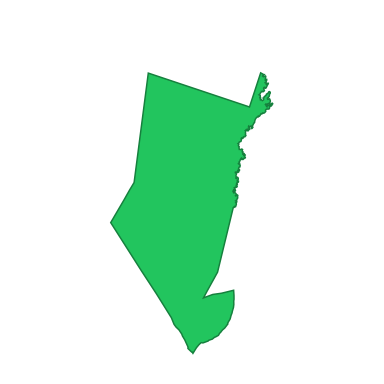 Central Kwara'ae, Malaita, Solomon Islands, rotated 211°
{"feature_id": "97153195B68911878451033", "entity_name": "Central Kwara'ae", "entity_type": "district", "adm_level": 2, "iso_a3": "SLB", "parent_name": "Solomon Islands", "parent_adm1": "Malaita", "projection": "equal_earth", "projection_center": [160.74, -8.813], "detail": "fine", "context": "isolated", "style": "filled", "palette": "green", "viewbox_px": 384, "rotation_deg": 211, "n_neighbors": 0, "source": "geoboundaries", "source_scale": "gbopen_adm2", "svg_char_len": 6008}
<svg xmlns="http://www.w3.org/2000/svg" viewBox="0 0 384 384"><g transform="rotate(211 192 192)"><path d="M109.8,54.6L109.4,54.9L108.1,54.2L108.0,60.8L107.4,64.8L106.6,67.5L106.2,67.8L105.5,68.0L104.7,68.5L101.4,72.6L101.2,73.6L98.8,76.4L97.9,79.0L97.1,80.0L95.6,82.6L95.5,83.3L95.6,84.9L95.1,86.8L95.1,87.4L94.8,89.5L93.9,92.1L93.3,97.4L93.9,98.0L93.9,102.6L94.3,104.2L94.9,106.1L95.4,108.9L96.0,110.6L97.0,114.4L98.2,117.1L100.1,120.1L100.7,121.6L102.7,124.9L105.7,129.2L114.6,120.4L121.4,114.9L127.6,107.2L128.0,114.3L128.8,136.4L148.6,199.8L148.2,201.1L147.9,200.7L147.1,201.9L147.6,204.2L148.1,204.9L149.5,205.7L149.4,206.0L148.9,206.3L148.5,206.3L148.5,206.6L148.9,207.2L149.2,207.5L149.8,207.5L149.5,207.8L149.8,209.3L149.6,209.7L149.6,209.9L150.0,210.5L150.1,211.1L150.5,211.3L150.9,212.6L151.3,212.8L151.4,212.6L151.3,212.1L152.2,211.9L152.7,211.1L152.9,211.2L152.6,212.2L152.7,212.9L153.4,213.1L153.8,213.4L154.6,213.4L154.9,213.7L155.3,213.7L156.2,212.2L155.8,214.1L156.2,214.2L156.5,213.5L156.8,213.9L157.3,213.8L157.3,214.3L155.6,214.7L155.4,215.5L155.5,215.6L156.1,215.2L156.0,215.7L156.1,216.2L156.5,216.3L157.4,215.8L157.4,216.1L157.1,216.3L156.9,216.8L157.1,217.5L157.9,217.6L157.8,217.8L157.2,218.1L157.0,218.9L156.4,218.9L156.1,219.5L156.2,220.0L156.4,219.9L156.7,219.5L157.0,219.4L157.3,219.8L157.5,220.6L157.0,221.3L157.0,221.8L157.3,222.1L157.8,221.7L158.0,221.8L158.3,222.5L158.3,222.8L157.4,224.3L157.4,224.6L157.7,225.1L158.5,224.5L158.9,224.6L159.1,225.1L158.8,226.3L159.2,227.3L159.7,227.8L160.5,228.1L160.9,227.8L161.3,227.4L161.0,226.7L161.0,226.4L161.6,226.5L161.8,227.9L162.5,228.2L162.8,228.6L163.0,229.9L164.0,230.8L164.8,230.8L165.1,231.3L165.0,231.5L164.8,231.6L164.2,231.3L163.4,231.7L163.8,232.4L163.7,232.7L163.2,232.4L162.6,232.6L162.3,233.3L162.7,234.3L163.6,234.0L163.8,234.1L163.3,235.0L162.5,235.1L162.6,235.4L163.2,235.6L163.8,235.4L163.9,235.9L164.2,236.2L164.1,236.4L164.5,237.3L163.8,238.3L163.9,238.5L164.3,238.8L164.5,239.8L165.3,240.2L165.5,240.6L166.2,240.1L166.6,240.0L166.9,240.2L166.6,241.8L166.8,242.3L167.1,242.4L166.9,243.4L167.3,244.7L167.0,244.9L167.0,245.2L167.3,245.8L167.1,246.6L166.4,246.5L165.8,245.7L165.0,246.2L164.7,247.2L165.0,247.3L165.0,247.6L164.0,248.5L163.9,248.8L164.0,249.0L164.6,249.2L165.4,250.0L165.5,250.3L165.4,251.1L165.6,251.2L166.0,251.1L166.2,250.4L166.4,250.6L166.4,251.3L166.6,251.4L166.8,250.7L167.0,251.2L167.0,251.7L167.4,251.8L167.6,251.7L167.7,251.0L168.0,250.7L168.2,251.2L168.9,251.6L168.9,252.6L169.3,252.7L169.6,252.5L170.1,252.9L170.5,254.4L171.4,254.5L172.3,253.3L173.1,253.2L173.4,252.9L174.4,254.0L174.9,255.1L175.3,255.0L176.2,255.7L176.2,256.3L176.4,256.9L177.5,257.2L177.0,257.9L177.0,258.4L177.3,258.8L177.0,259.6L176.2,260.3L176.1,260.9L176.6,262.2L177.2,262.8L177.4,263.5L177.3,264.0L176.7,264.2L176.5,263.8L176.2,263.9L176.0,264.6L176.3,264.9L176.3,265.3L176.0,265.1L175.9,265.3L176.0,265.6L175.8,266.0L175.0,266.8L175.2,267.6L174.9,267.8L175.0,268.4L175.7,268.6L176.0,269.1L176.2,269.8L176.9,270.5L177.2,271.9L177.6,272.3L177.9,272.2L177.8,272.7L177.7,272.5L177.6,272.9L177.3,273.2L177.1,272.8L176.6,273.1L176.7,273.6L176.6,274.7L176.3,274.8L176.1,275.1L176.1,274.5L175.9,274.4L176.0,274.1L175.8,273.3L175.5,273.2L175.4,273.8L175.4,274.4L175.6,274.5L174.9,275.2L175.0,275.4L175.3,275.4L175.0,275.9L175.3,276.0L175.4,276.3L175.8,276.7L176.9,276.7L176.9,277.1L177.4,277.4L177.4,277.7L176.9,277.5L176.4,277.1L176.3,277.5L176.0,277.7L175.9,278.3L175.3,278.5L175.4,278.9L175.1,279.1L174.4,278.5L174.1,278.6L173.9,278.2L174.0,277.5L173.4,277.2L173.2,277.6L173.2,278.5L173.4,278.4L174.1,279.6L174.1,280.2L174.4,280.5L174.3,281.7L174.5,282.9L174.4,283.6L174.2,283.6L174.2,284.0L174.7,285.0L175.1,286.4L175.2,287.6L175.0,289.3L174.8,289.4L174.5,290.1L174.4,290.9L174.0,290.7L174.0,291.1L173.8,291.5L173.4,291.5L173.2,291.8L173.1,293.5L173.2,294.8L172.9,295.0L172.5,294.8L172.0,295.5L172.0,296.4L171.1,296.5L170.6,297.3L170.3,298.9L170.4,299.3L170.9,299.6L171.2,300.2L170.8,301.5L170.2,301.7L169.9,302.2L168.9,302.6L168.7,303.0L168.8,304.0L169.2,304.7L169.7,305.3L169.8,306.3L169.4,306.6L168.6,306.2L168.4,306.5L168.2,307.5L168.4,308.5L168.2,309.0L168.3,309.3L168.9,309.5L169.3,309.0L169.7,308.1L170.7,307.4L170.7,307.1L170.3,306.9L170.2,306.6L170.6,306.0L171.7,305.1L171.9,304.3L171.5,303.8L171.5,303.6L172.2,303.7L172.4,304.1L173.3,304.4L173.5,304.6L173.4,304.9L174.1,304.8L174.1,305.2L174.0,305.5L173.2,305.6L172.9,306.2L172.6,306.1L172.1,306.8L171.4,308.4L171.3,309.6L171.9,310.6L173.2,311.7L173.7,311.7L174.0,311.2L174.7,310.4L175.0,310.4L175.7,311.2L175.6,311.8L175.1,312.4L175.2,312.9L175.1,313.7L175.3,314.5L175.8,315.4L175.8,316.7L176.1,317.5L176.5,317.9L177.4,317.9L177.8,317.3L177.7,316.3L177.9,315.5L178.6,314.2L178.4,313.6L178.4,312.9L178.8,312.2L178.8,311.4L179.2,310.8L179.0,310.3L179.0,309.6L179.3,309.2L179.0,309.2L178.3,308.5L178.2,307.8L178.4,307.2L178.8,306.5L180.5,306.9L180.8,306.3L181.2,306.8L181.2,307.2L181.5,307.4L181.7,307.2L181.9,307.5L181.7,307.9L181.8,308.1L182.1,308.4L182.3,308.3L182.3,307.8L182.6,308.0L182.5,308.3L182.8,309.3L183.3,310.0L183.6,310.0L184.1,309.7L184.6,309.8L184.3,310.2L184.3,312.8L183.8,314.5L183.4,314.6L183.2,314.3L182.9,314.4L182.4,314.9L182.2,315.8L182.2,316.3L183.3,316.9L183.4,317.3L183.9,317.5L184.2,318.4L184.1,318.8L183.6,319.2L182.9,319.0L182.6,318.7L182.2,319.1L182.2,320.9L182.5,322.1L182.3,323.3L182.6,324.5L182.8,324.5L183.0,322.8L183.8,322.5L184.0,322.7L184.3,323.8L184.8,323.8L185.5,323.3L185.7,323.5L185.4,323.9L185.3,324.9L185.6,326.6L186.0,327.0L186.4,326.5L186.4,325.6L186.7,325.5L187.3,326.5L188.3,329.1L188.7,329.3L189.0,328.6L189.9,328.2L190.2,327.5L190.4,327.5L190.6,327.6L191.2,327.6L191.4,328.1L191.1,329.0L190.7,329.1L190.6,329.8L191.0,329.6L194.5,329.5L186.5,294.5L290.7,271.4L246.5,170.3L246.5,161.4L246.2,150.2L245.9,123.9L195.2,98.6L169.6,86.2L144.9,73.6L139.2,69.3L136.1,68.0L132.1,67.1L127.5,64.9L126.1,63.7L122.0,61.5L115.3,56.9L115.2,56.1L114.6,55.7L109.8,54.6Z" fill="#22c55e" stroke="#15803d" stroke-width="1.5"/></g></svg>